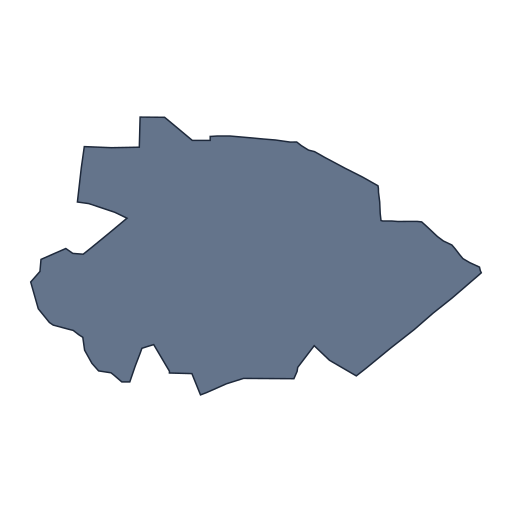 the district of Al-Mahaweel, Babil, Iraq
{"feature_id": "34846034B9794416366933", "entity_name": "Al-Mahaweel", "entity_type": "district", "adm_level": 2, "iso_a3": "IRQ", "parent_name": "Iraq", "parent_adm1": "Babil", "projection": "albers", "projection_center": [44.636, 32.675], "detail": "fine", "context": "isolated", "style": "filled", "palette": "slate", "viewbox_px": 512, "rotation_deg": 0, "n_neighbors": 0, "source": "geoboundaries", "source_scale": "gbopen_adm2", "svg_char_len": 1345}
<svg xmlns="http://www.w3.org/2000/svg" viewBox="0 0 512 512"><path d="M481.3,272.8L480.3,270.6L479.5,267.1L469.7,262.6L462.9,258.6L459.5,254.5L455.3,249.0L451.9,245.0L443.4,241.0L437.4,236.5L427.2,226.9L421.7,221.9L417.1,221.4L407.7,221.4L398.0,221.5L391.6,221.0L382.7,221.0L381.0,220.5L380.2,213.4L379.7,201.9L378.5,192.3L378.4,188.3L378.0,185.8L362.8,177.2L345.0,168.2L325.1,157.6L314.5,151.6L308.5,150.1L301.3,145.6L296.7,142.0L290.3,142.1L275.5,140.0L263.2,139.0L252.7,138.0L229.8,136.0L221.4,136.0L217.5,136.0L211.3,136.4L210.2,136.4L210.2,140.4L192.3,140.4L164.6,117.3L140.1,117.1L139.3,147.2L111.4,147.7L84.3,146.6L81.3,167.8L77.4,202.0L88.8,203.6L114.8,212.3L127.0,218.2L125.9,219.1L107.8,234.2L91.2,247.8L83.2,254.2L72.8,253.4L65.8,248.5L53.0,254.1L41.0,259.4L40.0,270.9L40.0,271.4L30.7,282.0L38.3,308.8L49.4,322.5L53.2,325.1L68.8,329.3L73.2,330.4L78.6,334.6L82.8,337.3L84.6,350.2L91.9,363.3L98.6,370.9L111.0,372.8L113.9,375.1L121.8,381.9L129.8,381.9L135.2,366.1L140.3,352.8L141.9,348.3L146.5,346.8L153.7,344.6L160.4,355.9L166.4,366.1L169.4,371.1L169.4,373.0L191.9,373.6L200.5,394.9L206.3,392.7L226.4,383.8L243.5,378.4L293.9,378.7L297.1,371.4L297.7,367.4L314.2,345.7L329.5,360.3L356.3,375.9L366.0,368.3L390.6,348.1L414.3,329.5L432.9,313.3L452.0,298.1L479.5,274.4L481.3,272.8Z" fill="#64748b" stroke="#1e293b" stroke-width="1.5"/></svg>